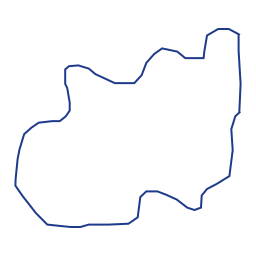 Rosoman, Robinson projection
{"feature_id": "MKD-2907", "entity_name": "Rosoman", "entity_type": "Statistical Region", "adm_level": 1, "iso_a3": "MKD", "parent_name": "North Macedonia", "parent_adm1": "", "projection": "robinson", "projection_center": [21.9, 41.493], "detail": "fine", "context": "isolated", "style": "outline", "palette": "blue", "viewbox_px": 256, "rotation_deg": 0, "n_neighbors": 0, "source": "natural_earth", "source_scale": "10m", "svg_char_len": 865}
<svg xmlns="http://www.w3.org/2000/svg" viewBox="0 0 256 256"><path d="M15.4,185.7L15.6,179.3L17.6,159.1L19.5,149.4L23.5,136.3L24.2,134.1L31.5,127.6L38.7,122.7L52.5,121.1L59.8,121.1L65.8,116.3L69.7,110.6L69.7,102.5L67.2,88.0L65.2,83.9L65.2,76.7L65.2,69.4L69.0,66.2L78.3,65.4L88.8,68.6L95.5,74.2L114.7,83.1L134.3,83.1L141.7,75.1L146.3,62.9L154.2,54.0L162.1,48.4L177.3,51.6L185.2,58.1L194.5,58.1L203.6,58.1L204.3,51.6L207.0,35.5L218.1,29.0L228.8,29.0L238.9,34.4L238.6,34.7L238.6,50.8L240.6,83.9L239.3,112.2L239.5,112.4L235.3,116.3L231.3,129.2L232.7,150.2L229.4,176.1L216.2,184.2L207.0,189.0L201.7,195.5L201.0,207.6L194.5,210.0L187.2,207.6L176.7,199.5L166.0,194.7L157.5,191.4L146.3,191.4L140.3,197.1L137.7,217.3L128.5,223.7L108.7,224.6L88.8,224.6L80.3,227.0L70.3,227.0L47.3,224.6L36.0,213.2L22.8,196.3L15.4,185.7Z" fill="none" stroke="#1e3a8a" stroke-width="2"/></svg>